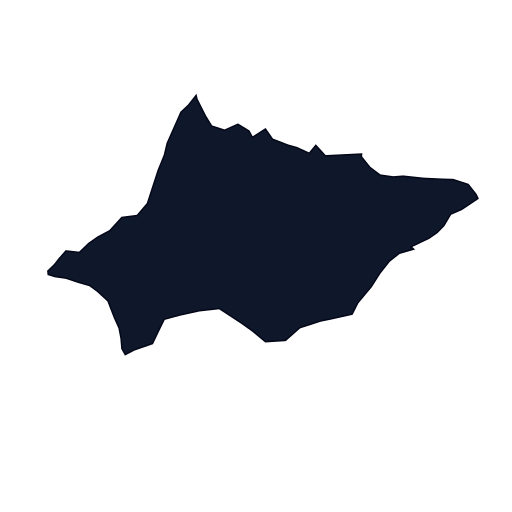 outline of Agia Varvara Pafou, Paphos, Cyprus, rotated 198°
{"feature_id": "46923920B68464989729960", "entity_name": "Agia Varvara Pafou", "entity_type": "district", "adm_level": 2, "iso_a3": "CYP", "parent_name": "Cyprus", "parent_adm1": "Paphos", "projection": "robinson", "projection_center": [32.509, 34.758], "detail": "fine", "context": "isolated", "style": "filled", "palette": "ink", "viewbox_px": 512, "rotation_deg": 198, "n_neighbors": 0, "source": "geoboundaries", "source_scale": "gbopen_adm2", "svg_char_len": 1193}
<svg xmlns="http://www.w3.org/2000/svg" viewBox="0 0 512 512"><g transform="rotate(198 256 256)"><path d="M62.7,379.3L65.8,382.6L76.3,389.6L92.2,389.6L101.7,386.8L120.7,381.6L140.7,377.4L149.9,373.6L163.0,371.3L175.1,375.5L186.5,383.0L187.1,385.6L221.0,372.7L233.3,379.7L237.1,370.1L250.7,371.7L260.0,371.3L276.4,372.2L286.3,379.7L296.1,367.7L301.3,372.7L313.9,375.7L324.8,365.9L338.4,365.9L347.4,373.6L360.5,386.8L362.6,390.2L366.8,378.7L371.8,369.6L373.3,355.0L375.3,335.8L374.3,323.7L375.5,307.4L375.5,295.6L375.5,284.0L375.5,272.4L381.5,257.8L395.5,251.2L402.9,234.9L412.4,225.0L418.9,216.4L425.1,204.8L438.3,202.1L442.3,192.9L445.0,185.5L449.3,177.4L447.9,174.2L440.8,174.3L429.9,176.2L416.7,176.1L405.1,176.5L396.0,173.5L382.9,167.5L371.6,153.6L363.9,145.1L358.9,136.0L354.9,126.5L349.9,121.8L343.0,128.9L327.4,140.7L325.5,155.0L323.7,167.5L310.7,176.0L293.2,186.3L274.7,194.7L249.1,187.7L236.4,183.7L220.5,177.4L201.9,184.8L192.2,201.3L174.4,214.2L165.9,219.0L146.6,230.4L144.7,242.9L136.9,262.4L132.8,278.2L127.6,292.2L120.6,302.8L108.2,311.2L111.5,312.6L96.9,326.5L91.0,334.3L86.7,343.0L83.8,355.9L74.7,364.0L62.7,379.3Z" fill="#0f172a" stroke="#020617" stroke-width="1.5"/></g></svg>